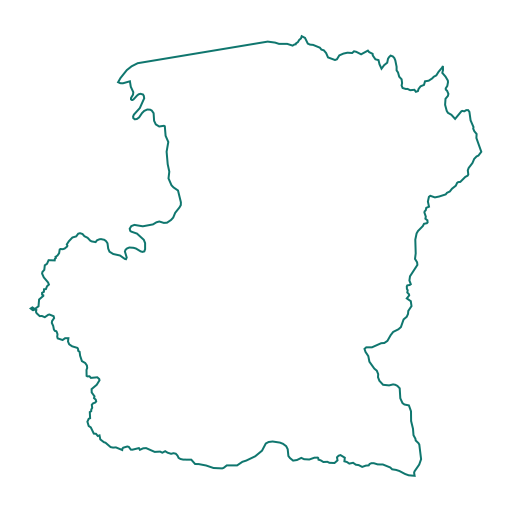 outline of Murindó, Antioquia, Colombia
{"feature_id": "7082276B39517489210154", "entity_name": "Murindó", "entity_type": "district", "adm_level": 2, "iso_a3": "COL", "parent_name": "Colombia", "parent_adm1": "Antioquia", "projection": "orthographic", "projection_center": [-76.718, 6.832], "detail": "fine", "context": "isolated", "style": "outline", "palette": "teal", "viewbox_px": 512, "rotation_deg": 0, "n_neighbors": 0, "source": "geoboundaries", "source_scale": "gbopen_adm2", "svg_char_len": 5905}
<svg xmlns="http://www.w3.org/2000/svg" viewBox="0 0 512 512"><path d="M411.0,411.3L408.9,405.4L404.4,404.5L402.5,403.1L400.3,398.3L399.7,388.3L397.4,385.9L395.3,384.8L393.1,384.4L389.1,385.4L383.1,384.8L379.4,380.8L378.0,377.2L378.2,374.2L376.8,370.7L374.3,368.6L369.4,361.7L368.3,356.1L365.5,351.9L364.5,348.9L366.3,347.3L372.0,347.3L381.2,343.2L384.3,343.0L387.4,340.9L390.7,335.1L393.2,331.9L398.4,329.3L400.9,327.1L403.6,319.4L406.7,316.8L408.0,314.0L408.3,310.9L411.5,306.1L410.8,301.2L406.8,298.4L409.2,295.4L409.0,294.3L407.3,292.5L407.7,290.2L406.9,288.9L406.8,286.4L407.3,285.4L409.7,285.0L410.8,284.2L409.4,280.5L410.0,276.3L417.4,264.9L417.1,262.3L415.0,258.9L415.7,253.4L415.3,239.6L416.6,233.4L418.0,231.0L422.8,226.1L424.0,223.8L426.9,223.2L427.6,222.4L427.4,220.3L425.4,218.7L425.8,216.6L424.4,212.5L424.6,211.4L425.7,210.3L426.3,207.8L429.0,206.7L427.9,201.6L428.9,196.9L430.3,195.8L434.9,197.4L439.2,196.5L445.7,194.4L447.0,192.8L449.8,191.5L452.0,188.7L455.8,185.7L457.1,182.9L458.2,182.1L460.3,181.9L465.3,176.9L467.6,175.7L468.3,174.5L467.8,170.3L468.7,167.9L472.4,163.1L474.2,158.9L476.6,156.4L478.4,155.6L481.3,151.8L476.4,138.0L476.6,134.0L474.3,131.2L473.2,128.6L473.5,127.1L470.6,120.4L469.4,111.9L468.1,110.1L466.3,110.1L464.3,111.3L462.2,110.9L461.3,111.4L455.1,118.9L451.4,114.8L447.9,112.8L446.7,110.8L445.1,104.8L445.5,98.8L447.9,95.9L448.4,93.9L447.1,90.8L445.8,89.6L445.7,88.4L447.3,85.9L448.0,82.1L447.8,80.5L445.5,76.6L442.3,72.9L443.0,70.0L442.9,66.0L442.2,67.5L438.5,71.9L436.3,75.4L433.7,76.8L432.2,78.4L428.7,80.7L425.0,81.3L424.0,84.9L420.6,86.3L418.6,88.9L417.9,91.1L415.9,91.8L414.4,89.8L410.2,90.2L407.5,88.9L405.9,89.0L402.6,88.0L401.6,85.5L402.1,83.1L401.6,79.3L399.2,76.7L398.0,72.4L396.6,70.4L396.6,66.8L395.3,60.4L394.3,58.0L392.8,56.4L390.6,55.6L389.0,57.2L388.0,58.8L387.2,62.7L384.1,65.2L381.5,68.7L379.5,64.3L378.5,60.1L375.4,59.3L372.8,55.5L372.6,53.8L369.1,52.1L367.9,50.6L361.1,54.3L356.2,51.8L354.0,51.3L352.2,53.0L347.4,52.7L343.4,53.6L339.3,55.4L336.9,59.3L335.0,60.0L328.0,57.4L326.1,53.0L323.8,50.3L321.4,49.6L319.9,47.7L313.1,44.9L310.0,44.6L307.8,43.6L305.0,37.9L301.7,36.2L301.0,38.4L299.2,39.9L297.9,42.1L295.9,43.5L295.7,44.3L294.4,44.5L292.6,45.6L287.3,43.9L279.1,43.9L275.1,42.6L267.7,41.6L137.7,63.2L131.6,66.3L126.8,70.1L120.5,78.0L118.1,82.2L120.3,83.2L122.9,83.3L129.9,81.3L130.8,86.8L133.3,92.2L133.0,94.7L131.0,98.0L131.0,99.3L131.6,99.9L132.4,100.0L133.5,99.4L137.0,95.6L138.6,94.3L140.5,93.8L143.0,94.5L143.8,95.9L144.2,98.3L139.8,108.1L133.9,114.6L133.1,116.5L133.3,118.1L134.8,119.3L136.9,119.0L139.1,117.4L142.0,113.1L144.2,110.9L147.3,109.5L150.2,109.7L151.8,110.6L153.6,113.2L154.1,120.8L155.8,124.4L159.2,126.5L163.9,125.8L164.8,126.3L165.6,135.8L168.3,142.0L166.6,151.7L167.7,164.2L169.3,171.7L168.5,178.4L171.5,185.3L173.5,187.4L178.0,190.5L180.9,202.3L180.8,205.1L179.5,207.4L175.2,212.8L173.2,217.6L171.0,220.0L167.0,222.7L163.8,222.9L159.3,221.5L156.4,222.3L153.0,224.4L142.8,226.3L134.4,224.9L131.3,226.1L129.7,228.7L130.2,230.8L131.2,231.6L137.0,233.6L143.8,239.8L145.1,243.1L145.1,249.2L144.3,251.4L142.5,251.9L140.7,251.4L135.9,248.5L133.5,247.8L129.4,247.5L127.1,248.4L125.6,249.7L124.9,251.5L126.7,257.5L126.0,259.2L124.8,258.9L120.0,255.5L113.2,254.0L109.5,251.7L108.2,248.6L107.5,243.3L106.1,241.2L104.3,239.8L101.0,239.1L99.4,239.3L97.0,240.3L95.6,242.1L91.7,241.4L90.3,240.7L87.6,237.8L84.4,236.2L82.5,234.0L80.0,233.2L78.2,233.7L76.2,236.4L72.4,237.5L68.9,241.2L66.8,244.4L67.4,245.8L67.0,246.6L64.6,248.6L62.7,249.2L60.5,249.0L59.7,249.5L59.1,253.2L57.4,255.6L55.5,256.9L55.9,257.9L54.9,258.8L54.7,260.4L48.6,260.2L47.0,263.8L44.8,265.3L44.3,269.8L42.4,272.0L42.1,273.6L43.8,277.4L48.1,282.5L48.9,284.6L47.0,286.3L45.9,289.1L44.0,289.3L43.9,291.8L42.1,292.8L42.1,294.6L43.3,295.3L43.3,295.9L39.1,299.5L38.5,306.3L35.2,308.7L34.1,308.6L32.4,307.4L30.7,308.5L32.7,310.1L33.6,310.1L34.4,309.5L36.3,310.0L36.0,311.9L36.6,313.2L39.7,316.1L41.9,316.0L44.8,317.2L48.2,314.8L49.4,314.5L53.6,316.2L54.1,318.1L52.1,321.0L51.8,322.9L53.2,325.9L53.9,329.5L54.9,330.9L56.3,331.2L56.7,331.9L57.5,334.2L57.2,336.7L57.7,338.4L62.6,340.0L65.1,338.2L68.4,338.2L68.0,341.5L69.2,344.3L72.1,346.3L77.4,347.9L78.1,349.1L78.2,350.8L79.6,351.8L80.1,355.7L81.9,361.1L85.2,363.0L86.9,365.5L87.2,367.9L86.5,369.9L86.6,375.9L87.4,376.4L89.5,376.3L90.9,377.9L97.3,377.3L99.2,379.0L99.5,380.3L96.7,384.8L91.6,389.1L91.7,392.5L94.5,396.3L94.0,398.1L95.7,399.6L96.2,401.4L95.3,402.5L93.0,403.4L91.8,404.8L92.2,407.8L91.3,409.5L91.2,411.2L89.8,412.1L90.1,418.2L88.7,418.8L87.4,421.7L88.7,426.0L90.8,427.4L93.8,433.6L96.0,433.8L97.8,436.0L99.5,435.4L100.3,439.4L103.9,442.2L105.5,442.7L110.6,447.1L113.1,447.6L115.9,447.4L122.2,450.0L122.4,448.7L123.2,447.7L127.3,446.5L128.8,446.9L130.8,449.6L132.4,449.7L138.9,448.1L139.9,449.8L143.2,448.3L146.1,448.1L154.7,451.9L160.1,451.6L162.3,452.7L165.2,451.2L167.6,452.7L171.1,453.8L173.5,453.2L175.8,453.7L177.5,455.6L178.6,457.9L180.5,459.0L183.2,459.6L191.3,459.7L195.1,464.0L198.8,464.1L206.1,465.5L213.5,468.0L222.2,468.4L223.6,467.9L226.8,465.4L237.1,465.4L242.4,461.8L246.2,460.6L255.2,456.3L262.0,450.7L265.8,443.5L268.6,442.0L272.6,441.5L279.9,442.6L283.0,443.8L286.2,446.2L287.7,449.2L288.4,456.0L290.0,458.1L293.1,460.6L297.0,460.0L301.3,457.9L304.1,459.2L309.3,459.5L314.4,457.7L317.7,457.6L318.2,458.0L318.5,459.7L320.6,460.3L323.4,462.0L327.4,461.8L329.4,462.8L334.5,463.0L337.5,460.4L337.0,457.3L338.6,455.7L340.5,455.1L344.8,457.7L344.4,461.3L346.9,462.0L349.3,463.6L353.1,462.8L355.8,464.7L358.7,465.1L362.2,466.9L365.9,465.6L368.7,465.4L369.6,464.0L371.4,463.2L373.8,463.2L377.7,464.4L382.9,464.5L390.3,467.5L392.1,469.3L396.0,469.9L399.4,471.0L405.1,474.0L408.7,475.3L414.6,475.8L414.1,472.8L414.5,471.4L419.2,464.6L421.1,459.2L419.3,444.6L418.5,443.2L415.7,440.5L415.4,438.7L413.5,435.2L413.0,428.8L411.1,421.0L411.0,411.3Z" fill="none" stroke="#0f766e" stroke-width="2"/></svg>